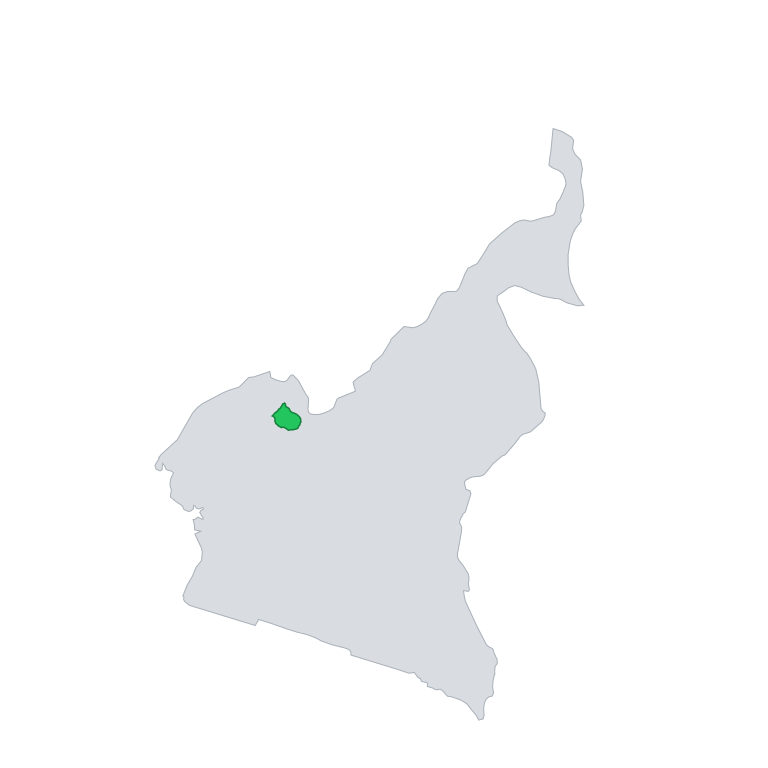 Bui, Nord-Ouest, Cameroon shown in context, rotated 17°
{"feature_id": "32672807B1542757875740", "entity_name": "Bui", "entity_type": "district", "adm_level": 2, "iso_a3": "CMR", "parent_name": "Cameroon", "parent_adm1": "Nord-Ouest", "projection": "mercator", "projection_center": [10.721, 6.252], "detail": "fine", "context": "in_parent", "style": "filled", "palette": "green", "viewbox_px": 768, "rotation_deg": 17, "n_neighbors": 0, "source": "geoboundaries", "source_scale": "gbopen_adm2", "svg_char_len": 4524}
<svg xmlns="http://www.w3.org/2000/svg" viewBox="0 0 768 768"><g transform="rotate(17 384 384)"><path d="M190.1,520.4L191.6,516.4L202.6,497.8L209.4,467.9L212.6,460.9L215.8,456.2L231.8,440.2L237.7,435.2L246.4,429.3L252.5,417.6L254.6,416.4L257.3,415.4L271.0,405.5L272.3,407.4L273.2,409.8L274.2,410.9L278.7,411.6L284.8,411.6L288.3,410.9L290.2,408.9L292.1,403.4L293.2,402.3L294.6,402.1L301.3,405.9L312.4,416.8L315.2,418.7L316.4,420.8L318.8,430.7L320.2,433.1L322.6,434.2L326.8,433.5L331.3,431.8L335.2,429.2L339.1,426.0L341.7,423.0L342.9,420.8L343.4,412.8L344.3,411.0L358.7,399.3L358.3,398.2L356.0,394.9L353.9,391.3L356.0,387.6L358.2,384.7L366.6,375.0L367.0,367.9L373.7,356.8L377.5,342.1L377.6,339.3L386.3,323.2L395.5,321.7L399.0,319.4L403.0,315.4L405.6,311.7L406.9,308.1L407.8,301.3L409.4,293.5L410.4,286.6L413.1,280.3L417.7,277.0L425.7,274.4L426.9,273.1L428.0,268.9L429.2,254.9L430.5,248.7L437.9,241.7L441.1,230.7L444.0,219.2L452.4,205.3L462.2,191.4L466.8,187.7L470.6,186.0L475.1,185.8L478.1,184.8L488.6,177.8L493.0,175.5L496.3,173.1L497.1,171.0L497.4,167.9L496.4,160.8L498.2,155.5L499.3,147.3L499.7,141.0L499.4,138.8L497.4,135.1L494.2,131.1L488.9,128.7L481.7,128.0L477.8,126.6L476.4,119.3L475.9,114.7L471.0,90.3L480.2,90.4L491.3,93.3L494.1,95.5L495.5,103.8L499.5,108.5L506.6,112.4L510.9,120.4L512.7,132.6L516.5,139.8L517.4,141.0L522.9,154.7L523.2,161.0L522.7,165.3L525.0,170.5L521.6,179.5L520.6,185.0L520.3,192.8L522.2,206.4L525.5,216.9L529.0,225.5L532.8,232.0L539.1,239.3L545.9,246.0L552.1,250.2L546.3,252.6L535.1,252.9L528.6,251.5L525.5,251.5L522.4,252.3L510.4,253.6L498.2,253.0L487.0,251.3L480.2,251.6L474.9,255.7L470.6,261.7L466.6,266.5L468.0,271.9L471.0,274.8L476.8,281.3L482.0,287.6L484.7,291.8L495.1,301.0L505.1,309.2L509.9,312.1L511.6,312.7L517.1,317.4L524.7,325.1L531.6,337.2L541.3,361.5L543.5,363.5L546.8,364.8L547.2,367.3L546.9,371.1L545.9,374.2L538.1,386.9L531.3,391.7L529.3,394.7L526.8,402.0L520.5,416.4L517.9,418.4L511.7,428.1L506.7,440.4L505.4,442.3L503.4,443.8L496.3,446.8L493.9,448.3L490.2,452.2L489.7,454.6L491.4,458.1L493.4,460.9L497.2,460.9L499.2,463.5L499.2,482.5L497.5,485.4L497.5,486.6L496.7,489.9L496.5,493.5L497.0,495.0L498.4,496.2L500.4,498.7L501.5,504.5L503.9,525.0L505.0,528.2L507.0,530.5L513.3,534.9L519.9,540.7L522.0,544.5L523.2,550.7L525.7,555.5L525.7,557.1L524.6,557.8L520.5,558.2L521.9,561.7L525.3,567.9L542.1,586.8L558.3,603.6L562.1,604.9L564.9,605.2L566.1,606.3L567.6,608.7L573.0,614.8L574.0,618.4L572.8,621.7L574.0,627.0L574.9,628.9L574.6,630.6L575.2,637.0L576.7,642.6L579.1,647.4L578.8,650.7L575.7,652.6L573.8,655.7L573.3,660.1L574.2,665.4L576.6,671.6L576.7,675.3L572.8,677.7L568.5,673.4L563.7,670.5L556.6,665.5L549.4,663.7L540.0,663.4L536.0,664.0L529.1,659.9L526.9,659.4L523.8,661.1L521.7,661.1L519.1,660.5L513.8,660.6L513.3,657.6L512.4,657.1L506.7,657.4L504.9,654.9L504.1,655.2L501.9,654.4L497.3,651.0L492.4,653.3L482.4,653.0L431.7,652.9L430.5,649.7L428.0,648.1L423.4,647.9L410.0,648.6L399.7,648.1L392.8,646.8L384.2,646.1L373.6,646.7L362.7,646.6L343.2,645.8L332.5,645.9L332.8,647.8L332.1,649.3L331.5,652.6L262.7,652.6L257.1,650.3L255.4,648.8L254.9,646.0L253.6,645.6L254.6,633.7L257.0,623.7L257.9,614.4L261.1,606.1L259.4,597.9L257.4,594.3L247.0,582.7L251.8,578.3L245.5,578.9L244.1,574.6L241.1,569.4L243.0,568.5L244.8,565.7L250.4,566.6L250.3,565.2L245.4,560.8L245.8,558.6L247.9,556.2L246.9,555.1L243.3,557.7L240.8,557.6L238.8,555.9L237.4,555.7L238.3,559.0L236.3,562.0L234.4,563.0L231.2,562.8L228.6,562.1L227.9,560.4L225.4,559.1L218.5,556.9L212.7,554.4L211.6,547.3L209.3,544.2L208.3,540.7L207.8,536.8L208.6,530.7L207.1,529.7L205.4,529.4L202.9,529.7L200.6,529.4L197.8,526.0L195.4,524.7L196.9,530.9L195.2,532.6L191.0,532.1L189.2,529.8L188.9,528.0L190.8,520.6L190.1,520.4Z" fill="#d9dde1" stroke="#a8b0b8" stroke-width="1"/><path d="M286.5,447.2L287.8,447.3L289.7,448.7L290.2,450.0L290.5,451.2L290.6,451.4L292.1,453.5L294.2,454.1L294.3,454.5L294.6,454.7L294.9,454.9L298.2,455.6L298.5,455.6L298.8,455.7L299.0,455.3L299.8,454.8L301.5,454.8L303.4,455.2L305.5,456.0L306.6,456.1L307.6,455.2L307.9,455.1L310.3,454.4L311.3,453.8L313.0,452.8L313.6,452.4L314.6,451.3L314.8,448.8L315.4,448.0L315.4,447.1L315.2,445.7L315.7,444.8L314.4,441.6L313.9,441.0L312.5,440.0L309.4,438.5L306.4,438.1L305.5,438.1L304.9,438.2L302.5,437.4L301.4,436.4L300.6,435.3L299.0,434.7L298.8,434.7L297.1,434.4L297.0,434.2L295.9,433.1L295.6,431.9L294.5,431.3L293.0,432.7L292.9,433.6L291.9,437.4L290.6,439.0L290.2,440.8L288.1,443.7L287.2,445.9L287.1,446.4L286.5,447.2Z" fill="#22c55e" stroke="#15803d" stroke-width="1.5"/></g></svg>